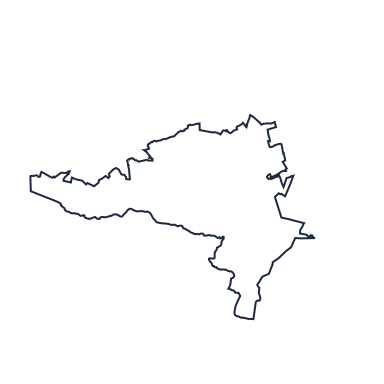 Comala, Colima, Mexico, rotated 222°
{"feature_id": "50627088B21346817666237", "entity_name": "Comala", "entity_type": "district", "adm_level": 2, "iso_a3": "MEX", "parent_name": "Mexico", "parent_adm1": "Colima", "projection": "albers", "projection_center": [-103.766, 19.395], "detail": "fine", "context": "isolated", "style": "outline", "palette": "slate", "viewbox_px": 384, "rotation_deg": 222, "n_neighbors": 0, "source": "geoboundaries", "source_scale": "gbopen_adm2", "svg_char_len": 6067}
<svg xmlns="http://www.w3.org/2000/svg" viewBox="0 0 384 384"><g transform="rotate(222 192 192)"><path d="M312.3,84.7L286.3,94.4L283.5,95.2L282.8,95.2L282.1,95.5L281.6,95.1L280.9,95.2L280.4,94.5L279.3,94.2L277.7,94.6L276.1,94.6L273.8,93.5L272.0,93.8L270.2,95.0L268.5,95.1L266.7,95.9L266.2,96.6L264.6,97.9L263.7,98.1L262.7,99.1L261.5,99.6L260.3,99.4L258.6,99.9L257.6,101.2L257.3,102.1L256.5,102.5L256.1,102.5L255.5,101.6L254.8,101.5L252.5,102.0L251.1,102.9L250.3,103.1L247.4,108.5L246.8,108.7L245.4,108.5L244.4,108.8L242.7,110.1L243.1,111.3L242.7,112.6L241.7,113.7L240.0,114.7L238.0,117.2L236.9,119.4L235.9,120.4L235.5,122.3L234.5,123.8L231.8,125.5L231.0,125.4L229.1,125.8L228.0,126.4L227.5,127.6L227.7,129.7L227.4,132.6L227.7,135.6L227.2,137.5L226.8,138.1L225.9,138.8L225.2,138.9L224.5,139.3L223.3,139.3L222.5,139.8L221.6,140.0L219.7,140.9L219.3,141.5L217.9,142.7L217.1,143.8L215.3,145.0L213.0,146.3L212.0,147.7L211.2,148.0L209.7,148.3L208.3,148.2L202.7,146.3L201.1,146.4L199.0,146.0L197.9,146.0L196.8,146.5L193.4,148.6L189.6,151.6L187.2,153.0L186.0,153.3L183.8,155.2L183.1,156.1L180.0,156.8L177.8,159.6L177.4,159.8L176.4,160.2L175.0,159.4L173.5,159.4L172.5,160.2L170.8,160.2L169.9,160.6L166.9,161.1L166.0,161.0L164.8,161.7L161.6,162.6L160.1,164.3L158.3,165.4L157.5,167.0L156.9,167.8L156.2,168.2L155.1,168.3L154.1,167.7L152.4,168.8L151.0,170.9L150.1,171.7L148.4,172.4L147.3,173.7L146.0,174.4L144.6,174.8L143.6,174.8L142.1,175.1L141.6,175.8L141.4,176.7L140.6,176.4L140.0,176.4L139.2,177.9L139.2,179.3L138.6,179.8L138.1,179.6L137.2,178.2L137.2,176.7L136.8,174.9L135.0,172.3L135.0,171.2L135.7,168.4L136.2,167.2L135.2,165.8L134.9,165.1L134.9,162.9L133.7,161.1L131.5,158.7L131.1,157.9L131.2,157.2L131.4,156.9L134.1,154.9L134.5,154.5L134.7,153.7L134.4,153.2L132.3,152.5L129.9,152.3L127.8,151.1L126.8,151.0L126.2,151.7L125.4,151.3L124.8,151.4L124.0,151.8L123.5,152.5L122.2,152.1L120.9,152.7L119.8,152.8L119.4,153.3L118.3,153.8L117.4,155.0L116.3,155.9L115.7,156.0L115.0,156.9L112.2,157.5L111.2,158.0L110.6,158.7L109.7,159.2L107.9,159.5L106.5,159.1L104.9,158.4L104.1,157.2L104.0,155.8L105.0,153.8L101.4,148.6L100.2,144.4L99.4,145.0L98.4,145.2L97.8,145.7L97.3,145.7L97.0,145.6L96.4,145.8L95.4,146.6L94.5,146.8L92.5,146.1L90.0,148.2L86.6,147.0L85.2,142.0L83.3,136.4L80.2,131.3L78.7,129.8L78.1,129.5L77.2,129.5L75.7,129.7L74.8,130.1L74.4,130.6L71.2,131.5L70.5,132.6L69.8,132.8L69.3,133.2L64.9,135.6L63.7,136.8L61.3,138.6L70.6,152.4L71.0,153.4L70.9,154.5L70.1,155.8L69.3,156.1L69.3,157.7L71.0,159.5L74.8,161.7L77.8,165.8L80.3,166.1L81.5,166.8L81.8,168.8L81.8,170.5L82.4,172.0L82.4,172.8L82.7,173.7L82.6,174.1L82.9,174.9L83.0,176.3L80.1,182.6L83.8,192.5L85.1,193.8L83.4,200.1L82.6,211.0L81.4,217.1L84.5,226.9L80.6,229.9L69.7,240.1L71.2,239.2L71.8,239.4L72.1,239.7L73.6,240.1L74.3,239.6L74.0,238.8L74.7,239.0L74.6,238.4L75.7,236.9L76.8,236.7L78.1,237.0L84.0,233.4L86.1,236.0L86.7,239.7L87.7,242.8L87.9,243.0L87.9,243.8L103.7,235.6L108.4,232.8L127.1,243.8L126.7,249.1L125.0,249.4L124.6,249.7L124.4,250.4L119.9,251.1L124.6,264.5L127.5,271.7L128.0,270.4L128.5,270.6L128.8,270.0L128.6,270.0L130.0,267.1L131.1,265.8L127.3,256.9L131.3,258.7L135.4,261.3L138.4,262.6L138.5,261.3L138.7,260.6L139.5,259.9L140.7,256.9L141.8,254.9L142.2,255.6L142.3,255.3L142.8,255.0L143.5,253.7L143.7,252.9L146.0,253.1L146.4,253.3L146.6,253.7L146.7,255.5L146.4,257.1L146.0,257.4L145.2,257.2L143.6,256.2L142.1,257.6L140.4,261.9L139.0,267.6L138.3,268.8L136.2,270.4L137.6,271.1L137.2,272.9L144.8,275.1L143.8,277.9L149.7,282.1L149.9,281.6L157.3,287.3L158.2,287.2L159.3,286.2L160.5,284.4L161.2,282.7L161.9,282.0L162.2,279.9L164.2,277.4L166.8,278.7L169.5,280.6L168.0,281.8L169.1,282.9L173.5,285.6L177.5,288.9L173.0,296.5L177.4,299.3L178.3,297.1L179.4,295.4L182.5,293.0L183.4,291.6L184.6,290.5L185.0,289.4L185.6,288.4L187.9,288.9L196.1,288.8L199.5,288.4L200.3,288.0L198.9,285.6L196.1,278.2L195.7,278.4L194.9,276.6L196.5,276.7L196.3,277.2L200.5,277.5L200.4,275.8L201.2,273.2L202.7,269.7L202.6,269.9L200.4,268.8L201.6,266.2L202.2,265.5L202.1,264.4L202.7,261.5L205.3,260.7L207.6,261.4L207.8,261.0L207.4,260.4L207.6,259.9L207.8,260.0L208.8,259.5L209.6,258.7L210.1,258.5L209.4,254.3L209.9,254.3L209.9,253.6L210.6,253.6L211.6,253.0L211.9,253.2L214.9,251.9L216.1,250.5L217.5,249.4L227.7,243.2L232.3,248.0L233.1,246.7L233.9,246.1L234.6,245.2L235.3,243.7L237.9,240.6L238.7,240.6L239.5,238.5L238.6,238.0L238.1,236.9L238.0,236.3L238.9,234.7L238.9,233.7L239.3,233.2L238.7,232.5L238.9,232.0L239.7,230.8L241.0,230.3L240.9,229.7L241.6,228.9L242.2,227.3L242.1,226.0L242.4,224.5L242.5,221.6L244.7,218.5L246.9,213.8L248.2,212.9L248.6,211.6L249.5,210.8L249.7,209.8L250.5,208.4L251.6,207.3L252.3,205.7L252.9,205.7L253.9,205.3L254.5,204.5L254.7,204.0L254.6,203.1L255.0,202.3L255.5,202.2L256.1,199.8L256.0,199.3L256.6,197.7L256.0,197.3L255.5,196.4L253.4,195.9L253.6,195.4L253.0,194.9L253.9,193.5L254.5,192.9L254.5,192.1L255.7,191.0L252.6,191.3L248.9,190.7L247.6,190.5L247.7,190.2L247.1,189.5L246.2,189.7L246.2,189.2L245.3,190.3L244.2,189.8L243.6,190.1L243.4,189.4L243.0,189.4L243.0,188.8L242.6,188.7L245.1,186.5L247.9,185.0L248.5,183.4L249.1,183.0L249.5,182.2L250.6,180.9L251.7,179.0L254.6,178.4L255.3,177.6L256.2,177.5L257.1,177.6L257.6,177.2L258.7,177.4L259.3,176.9L259.4,176.5L260.3,175.5L260.2,174.9L260.5,174.6L260.4,174.3L260.9,174.1L261.3,172.0L258.9,170.4L257.2,169.0L257.0,168.8L256.7,169.1L256.4,168.4L253.2,166.1L251.7,164.5L246.7,160.0L246.8,159.5L249.6,157.6L251.1,159.0L251.8,158.9L252.5,159.3L253.8,159.5L256.1,157.8L259.9,159.1L261.1,159.7L264.6,159.0L265.6,156.1L265.9,150.8L265.7,149.6L263.5,148.5L263.5,146.4L266.9,146.2L267.7,141.9L269.1,138.5L267.7,136.4L268.6,130.8L275.8,128.6L275.8,126.7L281.0,127.0L287.3,123.5L290.9,122.4L288.4,118.0L294.8,114.4L295.9,115.4L296.4,118.1L295.8,122.9L296.7,125.6L297.6,124.7L298.0,122.2L300.5,120.0L302.1,119.0L303.8,110.8L305.0,111.0L305.6,108.9L317.3,106.3L317.3,105.8L316.7,104.7L316.4,103.5L316.2,103.1L315.6,102.8L315.3,101.6L315.5,101.0L315.9,100.7L318.2,100.5L318.8,100.3L320.5,97.9L322.6,95.9L322.7,95.6L312.3,84.7Z" fill="none" stroke="#1e293b" stroke-width="2"/></g></svg>